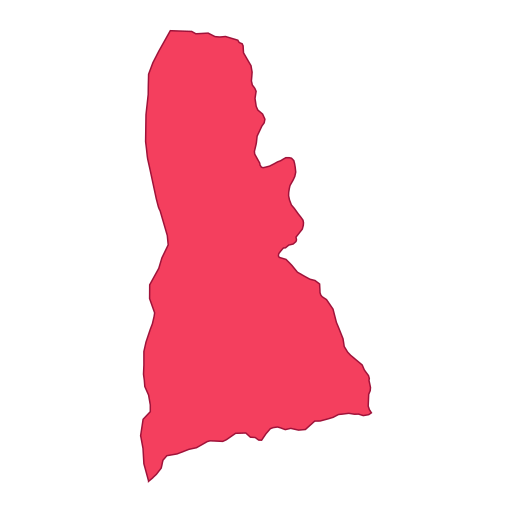 Bolobo, Bandundu, Democratic Republic of the Congo (Mercator projection)
{"feature_id": "63176286B21856672762157", "entity_name": "Bolobo", "entity_type": "district", "adm_level": 2, "iso_a3": "COD", "parent_name": "Democratic Republic of the Congo", "parent_adm1": "Bandundu", "projection": "mercator", "projection_center": [16.431, -2.651], "detail": "fine", "context": "isolated", "style": "filled", "palette": "rose", "viewbox_px": 512, "rotation_deg": 0, "n_neighbors": 0, "source": "geoboundaries", "source_scale": "gbopen_adm2", "svg_char_len": 2981}
<svg xmlns="http://www.w3.org/2000/svg" viewBox="0 0 512 512"><path d="M252.1,72.1L251.0,65.7L248.0,60.6L243.5,52.8L243.1,45.8L242.5,44.6L242.2,43.8L240.5,43.1L239.2,42.5L238.6,41.6L237.8,40.2L225.5,36.5L221.2,36.9L219.5,37.0L215.0,36.6L208.9,33.5L208.6,33.4L208.2,33.1L197.6,33.7L196.9,33.7L195.9,33.8L191.6,31.4L190.4,31.4L170.3,30.7L158.8,51.2L152.9,62.7L152.0,65.1L148.6,74.2L148.3,86.2L148.2,94.7L148.1,95.4L147.3,102.8L147.1,104.7L146.6,109.0L146.0,114.7L145.6,141.6L146.4,148.1L146.5,149.0L147.3,156.5L147.7,159.1L149.9,168.9L156.3,198.8L158.4,206.9L159.2,209.0L160.1,210.7L167.3,235.5L168.2,244.9L161.9,257.9L158.8,268.3L149.7,284.8L149.6,298.6L154.6,312.7L154.6,313.1L154.1,316.5L152.4,323.8L150.3,329.3L146.0,342.1L143.9,351.5L143.9,365.2L143.5,374.2L144.3,380.1L144.8,386.5L148.6,395.1L150.3,404.9L150.3,411.7L146.5,415.7L143.1,419.3L140.6,435.9L140.8,436.5L143.0,448.4L143.9,463.8L146.0,471.5L148.6,481.1L148.6,481.3L152.7,477.9L153.1,477.4L156.4,474.3L161.2,468.1L161.9,465.1L162.5,462.1L162.7,461.4L162.9,460.3L165.3,457.5L166.8,455.7L177.1,453.9L189.0,449.3L196.5,447.7L207.2,441.6L209.7,440.9L210.1,440.8L214.8,441.0L222.7,441.4L225.6,440.1L226.4,439.7L235.6,433.3L245.8,433.0L250.4,437.2L252.3,437.3L255.2,437.5L258.3,439.8L258.8,440.1L259.9,440.1L261.6,440.2L266.0,433.7L268.0,431.4L270.3,428.7L271.6,428.2L273.3,427.6L277.5,427.0L280.7,427.9L283.3,428.9L285.3,429.6L290.5,428.4L290.9,428.4L298.5,430.1L299.9,430.0L305.4,429.5L314.7,421.1L320.1,421.0L329.0,418.6L330.2,418.2L333.2,417.3L334.3,416.7L338.5,414.5L342.4,414.1L348.8,413.3L353.8,414.1L354.4,414.2L358.7,414.1L359.2,414.3L363.3,415.6L367.9,414.8L368.8,414.6L371.4,412.8L369.4,409.7L368.2,406.1L368.7,394.3L370.2,390.7L370.5,387.6L369.7,383.7L369.0,380.5L369.3,378.3L369.2,378.1L368.5,375.6L365.5,371.6L364.2,369.7L362.2,365.0L350.5,355.2L347.6,352.1L344.2,346.5L343.9,344.5L343.6,342.5L343.0,338.7L338.7,327.9L336.4,322.4L333.0,309.1L330.8,305.9L326.5,299.6L322.1,296.7L320.8,295.1L320.0,292.6L319.9,289.8L319.6,284.0L315.0,280.5L309.9,279.2L305.1,276.6L297.4,272.2L291.8,265.3L286.0,259.4L279.3,257.4L278.4,256.0L278.7,253.7L280.3,251.6L282.2,249.3L283.4,248.0L285.5,247.8L288.7,245.1L293.2,244.0L296.0,241.5L296.2,240.7L296.5,239.9L296.0,237.1L302.3,229.1L303.3,225.4L303.5,222.8L303.0,220.2L300.8,217.1L298.1,213.7L294.3,208.4L291.4,205.0L289.5,200.0L288.6,195.8L288.7,192.4L289.3,188.6L290.0,185.5L291.6,182.7L293.2,179.9L294.8,176.4L295.7,172.3L295.7,171.8L295.2,167.2L294.6,163.7L293.8,160.6L291.5,158.2L289.3,157.7L285.8,157.7L282.8,159.4L280.7,160.7L277.5,161.9L274.3,163.7L269.6,166.1L265.8,167.1L263.1,167.7L261.4,167.2L260.0,165.0L259.7,163.1L254.7,154.1L254.5,152.3L254.4,151.4L256.0,144.7L256.4,142.6L257.1,136.2L257.6,135.1L261.9,126.0L264.2,122.8L264.9,119.2L262.6,114.1L257.8,110.0L256.2,106.4L255.2,99.6L255.0,98.4L255.2,97.3L256.1,91.3L255.4,89.7L254.9,88.5L253.7,86.8L252.3,85.0L251.7,82.1L251.4,81.0L251.8,76.3L252.1,72.1Z" fill="#f43f5e" stroke="#9f1239" stroke-width="1.5"/></svg>